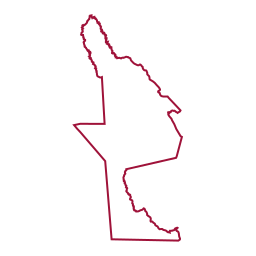 Vila Bela da Santíssima Trindade, Mato Grosso, Brazil (Mercator projection)
{"feature_id": "56859067B83705117526792", "entity_name": "Vila Bela da Santíssima Trindade", "entity_type": "district", "adm_level": 2, "iso_a3": "BRA", "parent_name": "Brazil", "parent_adm1": "Mato Grosso", "projection": "mercator", "projection_center": [-59.993, -15.135], "detail": "fine", "context": "isolated", "style": "outline", "palette": "rose", "viewbox_px": 256, "rotation_deg": 0, "n_neighbors": 0, "source": "geoboundaries", "source_scale": "gbopen_adm2", "svg_char_len": 5639}
<svg xmlns="http://www.w3.org/2000/svg" viewBox="0 0 256 256"><path d="M91.5,15.4L91.2,15.5L90.4,15.5L90.3,15.9L90.0,15.8L89.6,16.1L89.7,17.2L89.6,17.9L89.2,18.4L89.2,19.2L88.3,19.9L87.8,20.8L87.4,20.9L87.1,21.5L87.1,22.2L86.8,22.9L85.9,23.9L85.6,24.0L85.2,24.6L83.9,25.4L83.5,25.5L83.1,25.0L82.5,25.3L82.3,25.7L82.3,26.1L82.9,26.8L82.7,27.1L81.9,27.6L82.6,28.6L82.9,28.8L82.7,29.0L82.2,29.2L82.1,29.6L82.8,31.1L82.6,31.9L81.8,32.4L81.4,33.1L81.5,33.7L81.1,34.7L81.7,35.1L83.0,35.0L83.0,35.7L83.4,36.3L83.2,37.2L83.9,38.1L83.6,38.8L83.8,39.2L85.1,39.8L85.1,40.7L84.0,41.5L83.6,42.2L84.0,42.9L83.9,43.7L84.4,44.8L84.5,46.0L84.9,46.2L84.8,46.9L86.0,47.7L86.1,48.3L87.4,49.8L87.3,50.2L87.7,50.8L88.0,50.8L88.1,50.3L88.5,50.5L88.4,50.9L88.5,51.3L88.8,51.4L89.0,51.0L89.2,51.4L88.8,51.9L89.0,52.3L89.3,52.0L89.6,52.1L90.2,51.9L90.4,52.2L90.2,52.4L90.3,52.8L90.1,53.2L90.4,53.4L90.1,54.2L89.9,54.1L89.8,53.7L89.4,54.0L89.5,54.3L89.8,54.4L89.5,55.4L89.6,55.7L89.9,55.8L89.7,56.4L89.2,56.7L89.6,57.0L89.9,57.7L90.1,57.4L90.4,57.6L90.0,58.0L90.3,58.2L89.9,58.6L90.3,58.9L90.6,58.8L91.0,58.9L91.4,59.5L91.7,60.8L91.9,60.9L91.9,61.7L92.4,62.1L93.4,62.3L93.6,63.0L93.5,63.8L93.1,63.7L93.0,64.0L94.7,64.9L94.9,65.7L95.7,66.3L95.4,67.2L95.3,67.6L95.9,68.1L95.3,68.5L95.9,69.0L96.1,69.4L96.0,69.7L96.3,70.8L96.6,70.9L96.7,71.3L96.4,71.6L96.4,72.0L96.9,73.1L96.9,74.3L97.3,75.9L97.8,76.4L100.1,77.5L101.2,77.4L101.9,77.1L104.6,123.9L80.2,123.8L74.1,125.1L77.2,128.8L80.3,132.1L105.2,161.1L111.6,239.3L178.4,240.6L179.9,239.5L180.0,238.6L179.2,236.5L178.8,233.4L178.4,232.1L177.9,231.5L176.7,230.9L176.3,230.3L176.6,228.7L177.5,227.9L177.2,227.7L176.9,227.8L175.3,228.4L174.7,229.1L174.4,229.9L174.0,230.2L172.4,230.5L172.0,230.8L171.2,230.7L170.4,230.9L169.9,230.8L169.6,231.3L169.7,231.7L169.4,231.9L169.6,232.5L168.6,232.2L168.3,232.3L167.9,232.2L167.4,231.7L167.0,231.6L166.3,230.8L165.5,230.4L163.4,229.9L163.0,229.7L162.5,229.1L161.4,229.0L159.5,229.2L158.4,228.1L158.0,227.2L157.4,226.3L156.5,226.0L155.3,225.1L155.0,224.0L154.5,223.4L153.3,222.7L152.4,221.6L151.6,221.5L151.0,221.7L150.7,221.4L150.5,220.9L150.8,218.8L150.4,217.5L150.1,217.2L149.0,216.5L148.5,216.0L147.9,215.8L147.5,215.2L147.2,215.1L147.1,214.8L147.1,213.5L146.3,211.8L145.2,210.9L145.1,210.1L144.6,208.9L144.3,208.6L143.6,208.4L142.7,209.5L142.4,209.7L140.1,210.4L139.6,210.8L138.1,211.4L136.2,211.5L136.0,210.9L135.3,210.9L135.0,210.6L134.6,209.9L134.3,209.7L134.0,209.9L133.8,209.5L133.9,208.8L133.5,208.0L133.6,207.6L133.9,207.3L133.8,206.2L133.3,205.8L133.0,205.8L132.9,205.5L133.0,204.1L132.6,203.8L132.2,203.2L132.5,201.8L132.4,201.0L132.2,200.4L130.2,199.5L130.0,199.2L130.2,198.3L130.5,198.0L130.8,197.3L130.8,196.9L130.0,195.2L130.1,194.8L129.7,194.5L128.9,194.7L128.6,194.4L128.3,194.1L128.4,193.6L127.9,193.2L127.8,192.8L127.2,192.4L126.6,191.7L126.5,191.2L126.3,191.0L126.8,190.2L126.8,188.9L127.2,188.2L126.8,187.6L126.2,187.5L125.9,187.2L126.3,185.7L125.6,185.2L125.6,184.8L125.4,184.1L124.7,183.5L125.0,182.5L124.7,181.6L123.9,181.4L123.8,181.1L124.2,180.4L123.6,179.8L123.7,179.1L123.4,177.8L123.6,176.9L124.0,176.3L124.1,175.2L124.4,175.0L124.8,174.2L125.3,173.7L125.0,172.8L124.9,172.1L125.4,170.9L125.7,170.6L126.2,170.4L126.4,170.1L126.3,169.2L176.1,157.8L176.8,156.0L181.9,136.9L180.6,136.2L176.3,129.0L174.3,124.2L172.0,120.2L171.5,118.8L169.4,116.4L168.5,115.0L168.2,114.0L168.4,113.2L168.1,112.4L168.2,112.2L168.5,112.2L169.2,112.8L169.3,112.5L169.7,112.1L170.5,112.3L170.8,112.0L171.1,111.2L171.4,110.8L172.7,110.5L173.4,110.9L174.5,110.7L175.4,111.3L175.6,111.7L176.8,112.3L177.6,112.9L177.9,112.6L180.0,111.4L180.5,110.4L168.7,97.9L167.6,96.5L163.2,96.5L161.8,96.2L160.9,95.7L160.1,94.6L159.7,93.0L159.5,92.8L158.6,92.5L158.2,92.1L158.1,91.8L158.4,91.0L159.6,90.4L160.0,89.8L160.0,89.4L159.4,88.2L158.7,87.2L156.7,85.1L154.7,82.8L152.8,81.3L149.9,79.6L149.6,79.2L149.4,77.1L149.1,76.2L147.4,74.5L147.2,74.0L147.3,73.0L146.5,70.9L146.0,70.4L144.5,70.3L143.8,69.8L142.9,68.6L142.6,66.8L141.8,66.3L141.4,65.5L140.4,64.6L139.9,64.5L138.8,65.2L138.1,65.3L137.3,65.1L134.4,63.7L133.4,62.9L131.3,60.7L130.8,59.9L130.3,58.3L130.0,58.1L129.0,57.8L128.4,57.2L127.8,57.0L127.4,57.2L126.6,56.8L125.9,56.8L124.7,57.4L123.4,57.8L123.1,57.6L122.5,57.7L121.2,58.1L121.0,58.4L119.3,57.8L117.1,58.2L117.0,57.8L116.3,57.4L115.7,57.4L115.7,56.7L116.1,56.4L115.8,56.2L115.2,56.2L114.9,55.9L114.9,55.1L115.3,54.5L115.1,54.3L114.4,54.0L113.9,53.0L113.6,52.9L112.8,53.5L112.1,53.2L112.2,52.6L112.0,52.2L112.4,51.2L112.4,50.7L111.7,50.0L111.5,49.4L111.4,47.2L111.0,47.1L110.5,47.8L109.9,47.7L109.8,47.0L109.4,46.8L109.3,46.5L109.7,45.9L109.6,45.6L109.2,45.6L108.9,45.4L108.8,45.0L109.1,44.7L109.1,44.3L108.5,44.1L107.6,44.2L107.1,43.9L107.4,43.5L107.2,43.2L107.3,42.8L107.6,42.6L107.8,41.9L107.5,42.0L107.0,42.4L106.5,42.1L105.9,42.3L105.8,42.0L105.9,41.6L106.4,41.2L105.9,40.1L106.4,39.7L106.5,39.0L106.6,38.5L106.6,38.2L106.1,38.2L106.2,38.5L105.8,38.6L105.4,38.4L105.4,38.0L105.9,37.9L105.5,37.3L105.4,36.8L105.7,36.5L106.0,35.7L105.7,35.6L105.3,35.8L105.1,35.1L105.5,34.7L105.2,34.5L104.7,34.6L104.3,34.4L104.2,33.9L104.4,33.3L104.3,32.9L104.1,32.7L103.4,32.7L102.7,33.1L102.6,32.7L102.9,32.3L102.7,32.0L102.0,31.9L101.7,31.6L101.2,31.5L101.1,31.2L102.2,30.5L101.9,29.6L101.4,29.5L100.7,28.9L100.6,28.6L101.0,26.9L100.4,26.5L100.3,25.9L100.4,25.6L99.1,24.4L99.2,24.2L99.5,24.1L99.8,23.6L99.6,23.3L98.1,22.9L98.4,22.6L98.5,22.2L98.0,22.2L97.7,22.6L97.1,21.7L97.0,20.5L96.6,19.7L96.4,19.4L95.6,19.1L95.5,18.8L95.7,18.5L95.5,18.2L94.8,18.2L94.5,17.1L93.6,17.8L93.4,17.6L93.3,17.2L92.5,17.5L92.2,17.9L91.5,16.4L91.5,15.4Z" fill="none" stroke="#9f1239" stroke-width="2"/></svg>